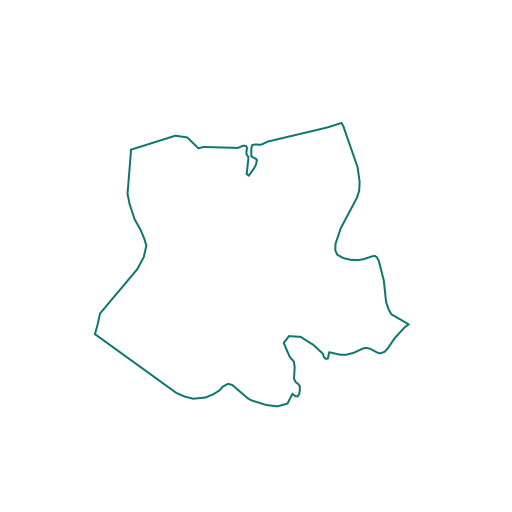 the border of Quảng Trị, rotated 306°
{"feature_id": "VNM-489", "entity_name": "Quảng Trị", "entity_type": "Province", "adm_level": 1, "iso_a3": "VNM", "parent_name": "Vietnam", "parent_adm1": "", "projection": "orthographic", "projection_center": [106.962, 16.727], "detail": "fine", "context": "isolated", "style": "outline", "palette": "teal", "viewbox_px": 512, "rotation_deg": 306, "n_neighbors": 0, "source": "natural_earth", "source_scale": "10m", "svg_char_len": 1566}
<svg xmlns="http://www.w3.org/2000/svg" viewBox="0 0 512 512"><g transform="rotate(306 256 256)"><path d="M155.1,368.2L147.1,361.9L141.5,352.0L136.5,337.1L136.0,332.9L137.7,312.7L136.2,308.5L130.7,305.9L125.9,305.5L118.6,302.5L111.8,298.3L103.7,289.2L100.4,281.2L98.4,272.0L98.1,171.6L106.9,168.4L117.8,163.6L175.6,167.7L188.9,165.9L200.0,161.2L204.6,155.0L209.3,147.2L214.3,136.3L223.7,123.2L230.8,115.5L266.2,93.9L268.4,92.3L305.9,120.0L311.5,130.7L309.3,146.2L313.4,149.5L332.8,177.8L337.9,180.9L339.1,183.5L337.9,185.4L335.4,186.6L332.8,188.3L331.7,191.5L329.6,193.0L316.8,200.3L316.8,202.9L325.9,202.9L330.1,202.2L334.2,200.3L334.6,198.6L334.1,196.0L333.9,193.6L340.4,188.9L343.6,187.8L346.1,190.2L348.2,193.7L350.1,195.4L355.4,198.2L402.0,238.2L413.9,247.0L412.3,250.4L387.6,285.9L377.1,296.1L369.5,301.1L362.6,303.4L328.5,308.2L312.5,313.2L307.1,316.9L304.8,321.1L305.7,328.1L308.7,335.1L312.8,341.1L316.9,345.1L323.8,350.0L325.9,351.9L326.0,354.6L324.1,358.4L311.1,374.0L295.2,388.3L290.7,394.8L288.4,399.8L290.2,417.2L290.3,419.6L285.1,418.1L271.0,416.5L258.7,416.9L254.0,416.3L250.1,413.6L249.2,411.1L248.0,402.6L246.3,399.0L244.0,396.9L235.2,392.0L228.9,386.8L225.6,382.1L221.2,371.9L220.0,372.2L217.7,373.4L215.3,374.3L213.9,373.2L213.9,371.1L214.7,369.4L215.8,368.2L216.3,367.2L217.8,354.7L216.8,339.6L210.6,329.8L202.0,329.5L194.2,342.6L192.8,348.8L188.7,352.7L179.0,358.9L177.4,362.0L177.3,364.9L176.6,367.8L176.2,368.0L172.9,370.6L169.4,372.1L166.9,372.2L165.8,370.5L165.8,366.5L155.1,368.2Z" fill="none" stroke="#0f766e" stroke-width="2"/></g></svg>